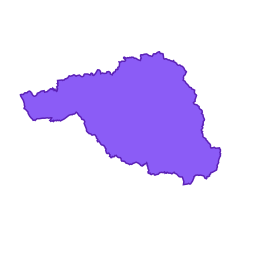 the district of Ban Ta Khun, Surat Thani, Thailand, rotated 149°
{"feature_id": "78962969B58743174421215", "entity_name": "Ban Ta Khun", "entity_type": "district", "adm_level": 2, "iso_a3": "THA", "parent_name": "Thailand", "parent_adm1": "Surat Thani", "projection": "albers", "projection_center": [98.73, 9.118], "detail": "fine", "context": "isolated", "style": "filled", "palette": "violet", "viewbox_px": 256, "rotation_deg": 149, "n_neighbors": 0, "source": "geoboundaries", "source_scale": "gbopen_adm2", "svg_char_len": 5844}
<svg xmlns="http://www.w3.org/2000/svg" viewBox="0 0 256 256"><g transform="rotate(149 128 128)"><path d="M109.7,50.9L105.4,49.2L104.6,49.3L103.8,48.0L103.0,47.9L100.0,49.3L97.4,51.2L96.5,52.3L96.0,52.1L95.8,52.4L94.5,52.7L92.6,51.9L91.8,51.0L90.1,50.3L88.0,48.2L87.7,47.7L87.9,45.4L86.9,44.1L86.3,44.4L85.5,45.5L84.9,45.5L84.2,44.9L82.8,44.9L82.0,46.2L81.0,46.1L79.8,47.1L78.6,46.6L73.8,46.4L72.9,47.2L72.6,47.8L71.4,48.6L70.9,50.1L68.1,51.7L67.7,52.8L66.6,54.0L64.3,55.9L63.1,56.5L62.7,57.7L61.9,58.1L62.0,59.5L60.8,60.4L60.0,61.7L59.9,62.6L60.3,63.3L59.9,63.9L63.3,65.5L64.0,67.1L65.3,67.3L67.1,68.1L67.0,69.4L66.1,70.9L66.1,72.8L66.7,73.8L66.7,75.8L67.1,77.0L67.1,78.3L66.8,78.8L68.1,81.2L68.2,82.3L67.7,82.8L67.0,84.5L66.9,85.4L67.2,85.9L65.9,86.7L66.5,87.6L66.2,88.6L65.6,89.0L64.5,89.1L63.7,89.9L63.8,91.2L61.8,91.9L62.0,92.8L61.1,93.3L60.1,94.9L58.8,95.2L58.0,96.1L57.8,98.2L57.5,99.5L57.0,100.4L57.0,101.3L57.5,102.5L56.2,103.2L55.6,104.8L55.9,106.0L56.4,106.5L56.7,108.2L56.5,109.0L56.1,109.5L56.2,110.4L56.8,111.2L56.9,112.3L58.9,114.2L59.0,115.9L58.7,116.1L56.6,116.4L56.1,117.6L52.5,120.6L52.4,121.1L52.9,122.2L53.0,123.6L52.6,124.6L51.4,126.1L52.6,128.0L53.2,128.6L53.0,129.9L53.9,131.0L54.3,131.2L54.4,133.9L55.2,136.9L55.1,138.7L56.1,140.5L55.0,141.5L54.6,142.7L53.1,144.1L51.7,144.2L50.3,145.2L50.1,145.7L49.1,145.9L48.9,146.3L49.4,147.6L49.5,149.1L49.2,150.3L49.6,152.7L50.5,153.7L51.1,155.3L52.4,155.7L53.0,156.4L53.3,157.5L53.0,158.4L53.5,159.1L53.6,159.8L54.5,160.8L54.2,162.3L55.7,162.3L56.1,163.1L56.9,163.8L57.5,165.1L58.4,165.6L59.7,167.8L61.4,168.4L61.5,169.4L59.8,173.4L60.3,173.8L60.5,174.4L61.9,175.2L61.8,177.1L62.7,177.5L64.3,177.6L65.7,177.2L68.0,178.4L69.7,177.3L70.5,177.0L71.9,178.6L72.8,179.3L73.4,181.0L74.0,181.9L76.2,182.9L78.0,183.2L79.1,184.1L79.6,184.0L80.3,183.1L80.7,181.0L81.5,180.8L82.2,179.8L82.7,179.5L84.2,181.3L85.4,183.8L86.7,184.5L86.8,185.4L87.1,185.9L88.5,186.9L89.2,186.7L90.0,187.6L91.2,187.7L92.1,188.5L92.9,188.5L93.9,189.2L94.6,190.6L94.9,190.7L95.3,190.7L95.7,190.3L95.5,189.1L95.0,187.7L95.4,187.1L96.6,186.9L98.9,188.5L100.4,188.3L101.6,189.2L101.8,187.9L103.7,185.4L104.2,185.1L105.5,185.2L106.3,183.7L106.9,183.5L107.7,184.3L108.3,184.3L110.0,182.8L111.6,183.2L112.3,182.4L112.9,182.8L114.2,181.7L115.3,183.4L114.7,184.7L115.4,186.3L117.2,187.0L118.0,186.2L118.6,186.2L120.6,187.2L121.5,188.3L123.4,188.6L122.5,190.7L122.6,192.0L123.0,192.8L123.8,193.3L124.1,193.5L127.7,191.5L130.3,190.7L130.9,191.2L130.4,192.9L131.2,193.9L131.7,193.9L132.5,192.9L133.2,193.0L134.8,195.1L137.3,196.6L138.1,196.5L139.1,195.5L140.3,195.4L141.1,195.7L141.8,196.7L142.4,198.4L144.9,199.2L145.8,199.1L146.6,201.1L147.3,201.6L148.7,201.5L150.8,202.1L151.5,203.0L151.8,203.0L153.7,202.0L154.6,202.1L155.2,201.9L156.4,202.5L158.3,202.0L159.0,202.6L159.6,202.5L160.0,203.2L163.9,205.0L164.9,202.8L165.5,202.6L165.1,202.3L165.8,201.7L165.9,200.8L166.4,200.3L167.2,200.2L167.4,199.8L167.8,199.9L167.8,199.5L168.1,199.3L168.3,198.8L168.2,198.0L168.6,197.9L168.4,197.7L169.6,196.4L169.8,196.5L169.9,196.1L169.9,196.3L170.2,196.2L170.3,197.1L170.8,197.3L170.8,198.0L171.1,198.0L171.0,198.3L171.3,198.3L171.1,198.5L171.4,198.5L171.2,198.8L171.3,199.5L171.7,200.0L172.0,199.7L172.0,200.4L172.5,200.1L172.5,200.6L172.8,200.3L173.0,200.6L173.7,200.7L173.7,201.2L174.4,201.6L175.5,201.1L177.0,201.3L178.2,200.7L181.0,201.6L180.7,203.2L183.5,204.3L185.5,204.1L187.8,204.5L188.3,204.2L188.7,203.6L190.2,203.2L190.8,203.1L191.9,203.4L192.5,204.3L192.7,205.1L192.8,206.3L192.5,207.4L192.8,207.9L192.8,209.4L193.6,210.5L195.2,210.6L196.5,210.2L198.4,211.3L200.5,210.7L202.3,211.8L203.1,211.9L203.5,210.7L203.5,205.7L204.3,202.3L205.1,201.0L205.4,199.5L206.5,198.8L207.1,198.2L206.3,197.0L205.5,193.2L206.1,191.9L206.2,188.7L205.8,186.0L205.3,184.6L205.4,183.5L204.0,182.9L203.7,182.3L201.7,182.8L201.0,182.7L199.4,181.7L196.1,180.4L194.2,179.2L192.0,178.4L190.8,177.2L189.1,176.7L188.1,176.1L188.5,175.7L191.1,174.7L190.7,174.2L190.8,173.5L189.2,173.2L189.0,172.6L188.3,172.6L188.3,172.2L187.6,172.7L187.3,172.0L185.6,171.6L185.4,170.9L184.2,170.9L183.7,170.1L182.7,169.9L182.3,168.9L177.9,168.6L171.8,169.3L169.9,168.8L169.0,168.1L168.1,168.2L166.8,167.6L165.9,167.6L164.3,168.2L164.2,167.7L163.8,167.3L163.6,163.7L162.9,162.1L162.8,161.0L163.1,159.3L162.8,158.8L162.2,158.6L161.7,157.7L161.7,156.3L161.8,155.6L163.2,154.6L164.2,148.3L164.8,147.5L165.1,146.6L164.9,145.9L164.8,144.9L164.3,144.0L164.3,143.3L163.2,142.4L162.8,141.7L162.8,140.8L162.3,140.3L160.3,139.7L159.9,139.2L159.6,136.6L160.2,135.8L159.7,133.9L160.0,133.5L160.9,133.2L161.1,132.0L161.0,131.7L159.6,131.6L159.6,127.9L159.2,126.9L158.6,126.5L157.7,125.4L157.8,124.2L157.5,123.2L157.9,122.5L157.6,121.3L158.6,120.4L159.3,117.7L159.0,116.8L157.7,116.5L157.3,116.0L157.5,114.8L157.2,114.2L158.4,113.2L157.9,112.6L157.9,111.4L157.2,111.0L156.1,111.6L154.9,110.5L153.8,110.7L153.4,111.1L152.9,110.7L152.1,110.5L152.2,109.6L151.8,108.2L151.2,107.4L149.8,106.5L149.8,105.1L150.4,104.0L150.4,102.8L149.1,102.1L148.9,101.6L148.1,101.2L147.8,98.9L146.1,97.2L145.5,95.8L144.5,95.8L143.7,95.0L142.7,94.9L142.0,95.2L141.5,94.9L138.6,94.5L137.2,92.4L136.4,90.4L136.4,89.5L135.5,88.1L134.8,88.1L134.5,88.5L133.9,88.1L133.2,88.6L132.4,88.2L132.1,88.5L130.7,88.3L129.9,88.6L130.1,87.5L130.8,86.3L130.6,85.6L131.0,85.2L131.1,84.2L131.8,82.8L131.7,82.5L132.0,80.9L133.0,80.1L133.3,80.1L133.2,79.6L133.6,79.4L133.3,79.2L133.6,78.7L133.2,77.9L132.3,77.8L132.4,76.7L132.1,76.1L130.3,76.0L129.9,75.7L129.4,75.1L129.5,74.1L129.1,73.7L127.4,73.4L126.0,72.8L123.6,73.4L122.8,72.9L122.1,72.8L120.9,71.6L119.3,71.5L119.6,70.2L119.1,70.2L118.4,69.6L118.2,70.0L117.2,69.9L116.8,69.3L116.8,68.7L114.7,67.3L114.0,66.1L111.3,66.3L111.1,64.9L110.0,63.5L109.3,60.1L108.6,59.3L107.0,58.3L106.7,57.9L107.7,53.3L109.7,50.9Z" fill="#8b5cf6" stroke="#5b21b6" stroke-width="1.5"/></g></svg>